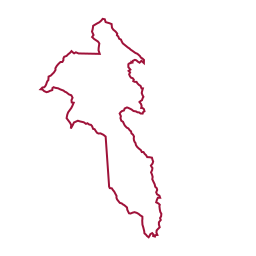 Porto Alegre do Tocantins, Tocantins, Brazil, rotated 319°
{"feature_id": "56859067B35819047686555", "entity_name": "Porto Alegre do Tocantins", "entity_type": "district", "adm_level": 2, "iso_a3": "BRA", "parent_name": "Brazil", "parent_adm1": "Tocantins", "projection": "mercator", "projection_center": [-47.044, -11.55], "detail": "fine", "context": "isolated", "style": "outline", "palette": "rose", "viewbox_px": 256, "rotation_deg": 319, "n_neighbors": 0, "source": "geoboundaries", "source_scale": "gbopen_adm2", "svg_char_len": 3371}
<svg xmlns="http://www.w3.org/2000/svg" viewBox="0 0 256 256"><g transform="rotate(319 128 128)"><path d="M71.9,224.0L73.7,223.5L75.3,222.8L77.3,223.2L77.3,224.9L76.1,226.0L77.1,227.6L78.3,226.8L80.0,228.0L80.8,225.6L82.4,224.1L84.0,223.9L86.8,223.7L88.0,221.1L89.5,219.4L92.4,218.9L93.1,217.0L95.0,216.4L96.9,214.6L97.3,212.6L98.5,210.4L100.5,207.5L101.6,206.8L101.5,205.0L100.5,202.6L102.6,201.2L104.8,200.2L106.5,201.7L107.3,199.7L106.4,197.1L107.1,195.0L109.4,193.9L110.2,192.3L110.0,190.2L111.2,188.0L112.7,182.6L114.5,181.1L115.6,178.8L116.3,176.6L118.6,175.6L120.2,174.2L120.3,172.8L120.6,171.4L123.2,170.9L125.0,169.8L125.6,168.1L126.6,166.1L125.0,164.1L123.4,162.6L123.8,160.3L123.6,158.5L123.9,156.3L122.6,155.2L123.2,153.2L122.7,150.5L122.5,148.2L122.8,146.1L123.8,144.2L123.9,142.7L124.5,141.1L125.6,139.5L126.9,138.4L127.4,136.4L127.1,134.3L128.1,132.5L127.8,131.1L128.0,128.5L127.3,126.9L127.2,124.0L127.7,122.0L128.3,120.1L127.7,118.1L128.8,115.6L130.4,114.4L131.2,111.6L132.9,111.2L134.7,111.3L136.4,112.1L138.3,111.1L140.7,111.8L141.4,113.0L142.1,114.6L142.8,116.3L143.3,118.8L144.9,120.7L145.4,122.3L146.6,123.5L147.0,125.3L148.5,126.7L150.0,125.9L151.4,126.2L152.4,124.2L152.1,122.5L151.1,121.5L152.7,120.4L153.6,118.4L153.7,115.9L155.3,115.9L156.8,116.2L158.6,115.1L160.1,114.6L160.4,113.0L161.3,110.6L162.9,109.4L165.2,107.9L164.2,107.0L165.1,104.4L164.5,102.6L164.4,100.4L164.7,98.8L163.3,97.5L162.7,96.1L164.1,95.3L164.2,93.4L163.3,92.1L163.4,90.3L164.1,88.2L166.1,87.4L165.9,85.3L168.1,85.5L168.2,82.3L170.1,80.1L171.6,80.1L172.7,80.9L173.9,80.2L174.4,81.5L175.8,80.5L177.9,81.1L178.7,82.4L179.0,84.5L179.6,86.3L182.2,86.1L182.6,89.4L184.7,87.1L184.5,85.0L183.9,83.4L184.2,81.5L183.8,78.2L182.8,76.2L182.0,72.8L181.4,70.6L181.3,69.1L180.7,67.0L179.6,60.7L180.1,58.4L180.7,56.7L179.9,54.8L180.7,52.5L180.5,50.7L181.8,49.7L181.9,47.0L181.4,44.0L181.7,41.8L183.0,39.9L183.8,38.8L182.6,36.5L181.4,34.7L180.6,33.4L181.8,30.7L180.5,29.0L178.3,29.4L175.7,29.4L173.2,28.8L168.8,28.0L166.1,30.3L164.1,31.6L163.0,35.2L160.6,35.8L160.8,38.5L162.1,43.2L161.8,45.4L158.3,48.4L156.7,50.1L155.3,53.5L139.6,39.3L138.3,36.7L136.3,36.3L136.0,34.8L135.8,32.9L133.8,33.2L131.0,33.1L128.9,33.3L126.6,32.4L124.9,33.1L123.8,34.4L121.8,35.1L120.3,33.9L117.6,34.0L115.0,34.4L112.4,35.3L111.4,36.6L109.9,37.1L108.4,37.5L106.6,37.6L104.2,37.8L101.8,37.1L100.4,38.5L99.3,39.6L97.7,39.8L96.0,40.7L94.7,41.5L92.8,42.2L91.3,42.2L90.0,41.3L87.5,41.5L88.7,42.8L88.9,45.1L90.0,47.5L91.8,48.4L93.3,48.7L95.7,49.7L97.2,48.3L98.6,48.4L99.5,50.0L101.3,52.2L102.2,54.4L103.9,57.5L104.1,59.0L104.9,60.7L105.5,64.0L106.7,66.1L106.0,68.8L103.6,69.9L102.3,71.8L103.6,73.3L100.3,74.9L98.3,75.7L93.1,76.9L90.9,78.1L88.1,80.3L87.7,85.9L87.1,88.5L84.5,90.9L88.3,89.5L90.8,88.4L94.9,89.6L96.2,91.7L98.4,94.7L99.0,97.3L100.5,97.8L101.0,100.0L102.1,101.3L102.1,103.0L101.6,104.4L101.1,105.8L102.0,106.9L101.6,109.8L101.5,111.4L102.1,112.8L103.7,114.0L105.0,117.0L105.5,119.8L76.4,158.4L75.3,159.8L74.8,161.4L76.2,162.9L75.9,165.2L75.9,166.9L75.3,169.4L74.8,171.7L73.5,173.1L72.9,174.8L72.7,179.1L73.8,180.8L74.0,182.2L74.6,183.9L75.1,187.3L73.8,189.3L72.8,193.0L73.8,194.2L75.9,194.9L77.7,195.8L79.0,197.9L79.7,200.0L79.9,201.7L80.7,204.3L79.2,206.1L78.0,207.2L75.5,210.4L74.3,213.1L72.6,216.4L71.3,218.3L71.6,220.3L71.5,221.9L71.9,224.0Z" fill="none" stroke="#9f1239" stroke-width="2"/></g></svg>